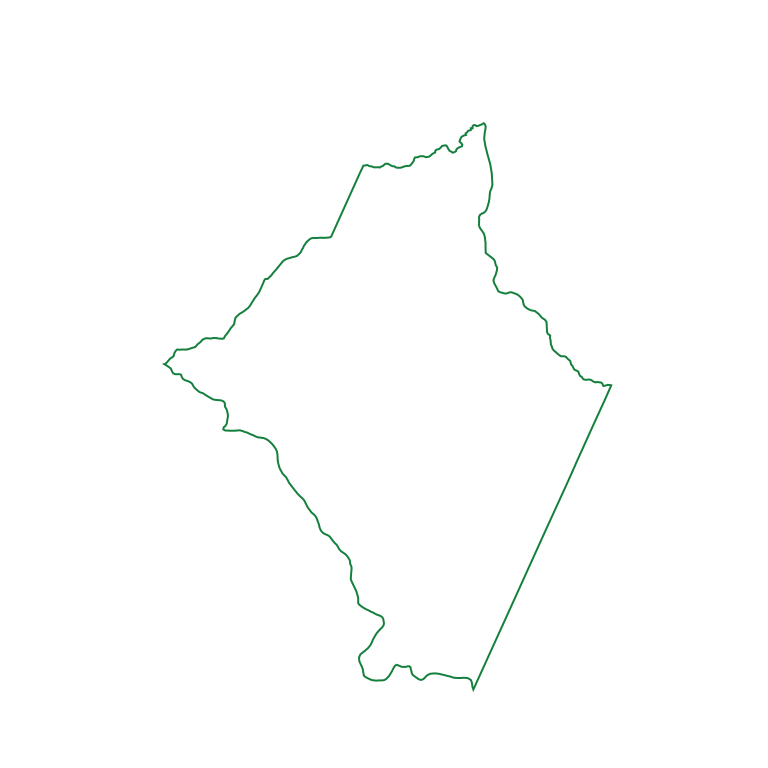 Porto Esperidião, Mato Grosso, Brazil (orthographic projection), rotated 292°
{"feature_id": "56859067B36825923624990", "entity_name": "Porto Esperidião", "entity_type": "district", "adm_level": 2, "iso_a3": "BRA", "parent_name": "Brazil", "parent_adm1": "Mato Grosso", "projection": "orthographic", "projection_center": [-58.974, -15.892], "detail": "fine", "context": "isolated", "style": "outline", "palette": "green", "viewbox_px": 768, "rotation_deg": 292, "n_neighbors": 0, "source": "geoboundaries", "source_scale": "gbopen_adm2", "svg_char_len": 6166}
<svg xmlns="http://www.w3.org/2000/svg" viewBox="0 0 768 768"><g transform="rotate(292 384 384)"><path d="M662.7,380.1L663.1,378.7L661.5,377.6L658.7,374.7L657.8,373.4L658.2,371.5L657.6,370.2L656.3,369.5L654.3,370.4L653.7,368.7L652.0,369.4L650.2,367.1L648.3,366.7L646.9,365.8L645.7,366.8L644.3,365.0L643.2,364.0L641.9,363.2L639.8,363.0L637.1,363.2L636.4,365.0L635.4,366.9L633.6,367.2L631.9,365.4L630.2,363.9L628.5,363.3L626.8,363.5L625.3,362.4L624.2,360.9L624.7,359.1L624.7,357.6L625.9,355.7L627.8,353.6L628.5,352.2L627.8,350.7L626.5,348.7L624.3,348.0L622.3,346.9L621.1,345.0L619.5,344.2L617.9,344.7L615.9,343.0L614.2,341.9L612.7,341.4L611.2,340.0L610.0,337.9L610.0,335.5L609.4,333.8L608.4,331.7L607.0,330.5L606.4,329.2L605.6,327.8L603.8,327.7L601.9,328.0L597.2,326.8L595.8,325.9L595.1,324.2L594.3,322.7L592.9,320.8L591.0,318.8L589.9,316.5L589.2,314.1L589.7,311.9L589.1,310.3L589.3,307.6L589.7,305.3L589.1,303.4L588.1,302.3L586.0,301.5L584.5,299.9L583.1,299.0L582.9,297.5L581.9,295.5L581.1,293.5L581.2,291.6L580.5,288.8L580.8,286.4L579.5,284.7L578.8,283.1L570.3,282.6L500.7,279.8L499.4,278.5L497.1,273.8L495.9,270.5L493.8,266.1L493.1,263.9L492.1,262.4L491.1,261.3L488.9,260.1L486.1,258.8L484.1,258.5L481.9,257.9L479.6,258.0L478.2,257.6L476.5,257.6L474.6,257.3L472.5,256.5L470.0,255.2L468.4,253.3L467.1,251.3L463.1,246.4L460.3,244.4L449.9,241.2L445.3,239.5L442.7,238.9L437.7,236.6L437.0,234.7L435.0,234.1L433.5,234.2L425.7,234.0L422.1,233.8L418.0,232.8L415.4,232.0L409.8,231.0L406.2,230.4L403.9,229.7L398.3,226.4L394.8,223.7L391.1,222.0L389.5,221.5L386.0,222.0L383.4,222.7L378.1,220.9L376.5,220.7L371.1,219.4L369.1,218.7L366.3,218.4L365.3,217.1L364.3,213.8L363.6,210.7L362.2,207.6L361.3,206.5L359.8,201.8L357.2,199.2L353.9,198.0L351.4,196.5L347.5,195.1L345.3,192.2L343.3,190.0L341.9,187.9L340.1,183.4L339.2,181.7L338.6,179.4L336.9,178.5L334.0,178.1L330.8,178.5L327.3,176.1L324.1,175.1L321.3,174.1L320.1,172.8L319.7,175.5L319.1,178.3L318.4,180.7L316.3,182.7L314.9,184.6L314.9,186.7L315.5,188.4L316.5,190.5L316.5,192.5L314.9,193.8L313.4,195.7L313.0,198.1L313.2,200.5L313.2,202.0L313.1,203.6L312.6,205.3L311.9,206.7L310.3,208.4L309.6,209.7L308.8,211.5L308.0,213.9L307.4,216.1L307.6,219.9L306.9,222.9L306.3,226.7L305.7,231.2L306.1,233.6L307.5,238.1L307.9,239.9L307.7,241.9L306.5,243.7L305.1,244.3L303.4,245.0L302.1,246.9L300.8,248.2L297.2,250.7L295.4,251.5L293.6,251.8L289.5,252.8L287.8,253.0L285.6,252.6L283.7,251.6L281.7,252.0L281.4,254.1L283.0,258.7L284.2,261.7L285.5,264.7L286.5,266.3L287.1,268.0L287.4,270.2L287.4,273.3L287.7,275.2L287.4,279.1L287.5,281.5L287.3,284.9L287.3,287.1L287.9,289.0L288.4,291.1L288.8,292.6L288.8,294.0L288.7,295.9L288.4,297.7L287.5,300.2L286.4,302.9L284.7,305.8L282.9,308.5L281.4,309.9L278.6,311.7L274.5,313.5L271.8,315.0L269.8,316.4L266.7,318.9L262.8,323.7L260.9,328.1L258.7,330.9L256.9,332.8L253.5,338.6L249.8,345.1L248.6,347.9L247.1,351.9L246.4,353.3L245.3,354.6L243.6,356.6L242.2,358.1L240.7,359.9L239.7,361.7L238.1,364.2L237.3,366.1L236.8,367.9L235.7,370.1L233.8,372.5L232.5,373.4L229.5,376.2L227.0,377.9L225.2,379.6L223.9,381.3L223.3,382.7L222.8,384.4L222.7,388.5L222.3,390.6L218.9,396.3L217.8,398.6L217.3,400.2L215.7,402.4L214.4,403.8L213.6,405.3L212.7,407.3L212.4,409.0L212.0,410.8L211.5,412.7L210.2,415.0L209.1,416.6L207.9,418.1L206.5,419.1L204.8,419.9L203.7,420.9L202.6,422.1L201.0,423.0L193.6,425.3L190.7,426.3L189.5,427.3L188.1,428.7L182.5,434.9L181.1,436.3L176.0,440.2L173.8,441.1L172.5,441.6L171.1,442.2L170.2,443.6L169.3,446.5L168.8,449.0L168.4,451.8L168.4,453.9L168.0,457.1L168.0,459.6L167.6,461.9L167.5,463.7L167.6,466.5L167.5,468.4L167.0,470.0L165.7,471.4L163.8,472.6L162.1,473.6L160.1,474.0L157.5,473.4L155.2,472.3L153.1,471.6L151.0,470.8L148.6,470.3L145.9,469.9L142.9,469.5L140.0,469.5L136.7,469.2L133.1,468.1L129.6,466.3L125.6,464.0L124.1,463.4L122.7,463.3L120.9,463.4L119.5,464.0L117.5,465.2L115.2,467.6L113.3,469.7L111.3,471.4L107.4,473.7L106.2,474.5L105.5,475.9L105.1,479.0L104.9,482.9L105.2,484.9L106.1,488.0L107.3,490.4L108.1,492.4L109.4,495.0L111.0,496.3L112.7,497.1L115.3,498.1L120.7,499.0L122.8,499.1L125.3,499.4L126.9,499.8L128.3,500.7L128.5,503.0L128.4,505.4L128.6,507.2L129.6,509.6L130.9,511.4L131.7,512.9L131.4,514.6L129.4,515.8L127.9,517.1L126.4,518.0L125.0,519.6L123.9,524.1L123.4,525.8L123.2,527.9L123.7,529.6L125.2,531.1L127.0,531.9L128.7,532.5L130.2,533.3L131.4,534.2L132.8,535.7L133.8,537.6L134.6,539.3L135.4,541.5L136.0,544.2L136.7,548.9L137.2,552.9L137.6,555.0L137.7,556.6L137.8,558.6L138.2,560.1L139.0,562.5L140.3,565.6L141.3,567.5L142.0,569.5L142.5,570.9L142.6,573.2L142.1,575.4L140.7,576.8L138.8,578.1L136.7,579.2L134.2,581.3L232.4,585.5L307.4,588.6L363.2,591.1L380.2,591.7L382.1,591.7L401.3,592.5L423.9,593.4L452.0,594.7L467.9,595.2L467.6,593.5L466.9,591.7L465.7,590.2L464.3,588.2L466.2,586.2L466.7,584.5L466.2,583.1L466.0,581.4L464.9,579.8L464.6,577.9L465.3,574.3L465.1,572.7L463.4,569.4L463.1,567.3L463.7,566.0L464.7,564.6L464.9,562.8L466.4,561.1L468.0,559.9L468.6,558.4L468.5,556.5L468.7,555.1L469.6,553.8L471.2,552.2L472.3,550.1L473.6,549.2L475.2,547.9L475.9,545.6L477.2,542.8L477.3,540.9L476.7,539.4L476.0,537.6L476.7,534.7L477.9,531.4L478.6,529.0L479.9,526.9L481.5,525.7L483.3,523.9L487.4,521.8L488.9,520.6L491.3,519.9L491.8,517.2L493.5,515.5L495.1,514.9L502.3,511.5L503.8,509.3L504.7,505.3L506.6,501.8L507.2,500.1L508.2,496.4L507.5,493.5L507.4,490.6L507.8,488.0L508.6,485.5L509.7,484.0L511.5,482.6L513.7,481.4L514.8,479.8L516.0,477.3L516.7,475.2L517.0,473.3L516.8,468.0L516.0,466.1L513.9,463.8L513.1,461.9L512.7,458.0L512.7,455.4L516.4,451.3L518.5,448.7L519.8,447.6L521.0,446.7L522.9,446.4L526.5,446.6L528.3,446.5L531.3,446.2L534.4,445.3L535.9,443.3L537.4,442.1L539.1,441.1L540.8,439.0L543.6,429.2L549.0,426.9L553.9,424.8L555.2,423.9L557.4,422.9L560.7,420.4L562.6,417.7L563.6,416.0L564.8,414.3L566.3,412.9L570.2,411.3L572.3,410.6L574.2,409.6L576.6,409.6L578.3,410.6L579.9,412.2L581.6,413.2L583.6,413.7L585.5,413.7L588.7,413.4L591.8,413.1L595.4,412.3L598.0,411.5L600.4,410.7L602.5,410.3L603.9,410.3L605.8,410.4L609.3,409.9L619.5,405.1L627.7,400.1L635.7,393.9L643.0,388.6L648.9,385.0L654.2,383.4L659.4,382.3L661.0,381.7L662.7,380.1Z" fill="none" stroke="#15803d" stroke-width="2"/></g></svg>